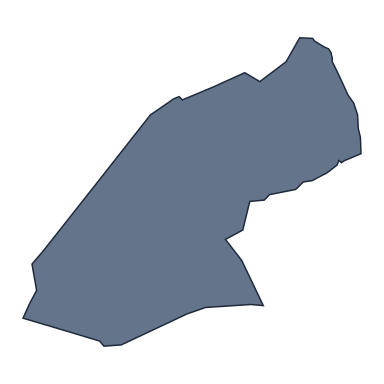 outline of Baw, Blue Nile, Sudan
{"feature_id": "16777658B5498813311295", "entity_name": "Baw", "entity_type": "district", "adm_level": 2, "iso_a3": "SDN", "parent_name": "Sudan", "parent_adm1": "Blue Nile", "projection": "mercator", "projection_center": [33.983, 11.162], "detail": "fine", "context": "isolated", "style": "filled", "palette": "slate", "viewbox_px": 384, "rotation_deg": 0, "n_neighbors": 0, "source": "geoboundaries", "source_scale": "gbopen_adm2", "svg_char_len": 872}
<svg xmlns="http://www.w3.org/2000/svg" viewBox="0 0 384 384"><path d="M361.0,153.7L360.4,137.2L358.3,128.7L357.6,115.1L353.8,103.3L348.0,95.0L338.5,74.3L332.2,61.5L332.3,58.0L331.4,54.8L331.0,52.5L328.5,48.8L324.4,47.1L314.7,41.2L312.6,38.4L299.7,37.8L296.5,43.4L286.1,61.7L259.8,81.6L244.7,72.7L213.6,86.8L182.4,99.9L179.1,96.6L173.5,98.9L167.7,103.0L150.5,114.8L100.8,178.0L42.7,251.6L35.2,260.3L32.0,264.1L36.6,290.4L29.4,304.0L23.0,318.2L62.8,330.0L91.1,338.5L99.5,341.0L104.0,346.2L111.7,345.6L121.2,344.9L186.8,314.0L205.4,307.5L250.7,304.5L263.3,305.6L241.7,260.4L225.4,239.4L242.8,230.0L249.8,201.4L264.3,200.1L269.6,194.6L293.9,189.8L295.4,189.5L297.2,188.1L300.0,185.2L303.3,182.0L312.3,180.6L323.3,174.7L324.6,174.2L326.4,173.2L329.4,171.1L337.1,165.0L338.9,160.5L341.4,162.7L344.7,160.5L361.0,153.7Z" fill="#64748b" stroke="#1e293b" stroke-width="1.5"/></svg>